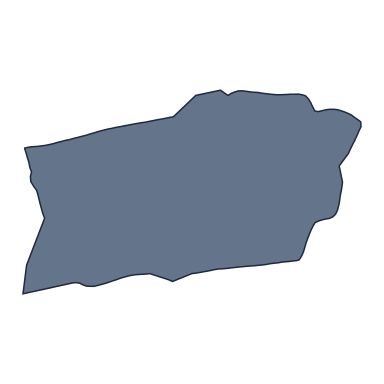 Hayran, Hajjah, Yemen (Equal Earth projection)
{"feature_id": "15242507B87254411475969", "entity_name": "Hayran", "entity_type": "district", "adm_level": 2, "iso_a3": "YEM", "parent_name": "Yemen", "parent_adm1": "Hajjah", "projection": "equal_earth", "projection_center": [43.07, 16.255], "detail": "fine", "context": "isolated", "style": "filled", "palette": "slate", "viewbox_px": 384, "rotation_deg": 0, "n_neighbors": 0, "source": "geoboundaries", "source_scale": "gbopen_adm2", "svg_char_len": 2351}
<svg xmlns="http://www.w3.org/2000/svg" viewBox="0 0 384 384"><path d="M24.7,148.1L24.8,149.0L26.2,153.3L27.5,158.0L28.8,162.1L29.8,167.2L31.5,172.0L30.4,176.6L30.8,181.6L33.6,186.2L36.6,190.3L38.0,195.0L39.0,199.2L40.2,204.0L41.6,209.3L43.0,214.0L43.9,216.3L44.6,218.3L26.6,265.1L23.0,293.8L72.3,283.0L76.0,282.6L79.7,283.2L83.0,284.9L86.5,286.1L90.4,286.3L94.2,286.3L97.6,285.5L102.2,284.2L106.0,283.2L109.4,282.0L112.7,280.9L116.7,279.6L120.7,278.1L126.0,276.6L130.5,275.5L135.2,274.7L139.0,274.5L141.3,274.3L142.6,274.2L146.3,274.0L150.0,273.7L168.3,279.6L172.5,281.5L185.4,276.2L191.9,273.6L195.4,273.2L200.2,272.4L204.5,271.6L209.1,270.8L214.1,269.7L218.3,269.0L222.6,268.8L227.0,268.4L228.1,268.3L231.0,267.9L234.6,267.5L238.9,267.0L242.5,266.7L246.9,266.3L250.7,266.0L254.6,265.7L258.6,265.3L262.2,265.0L265.8,264.5L270.3,263.7L274.2,263.2L278.3,262.8L281.9,262.1L285.3,261.8L289.2,261.5L290.2,261.3L292.9,261.0L296.4,260.6L298.8,260.1L299.3,259.6L301.5,256.1L303.3,252.3L304.7,247.8L305.9,243.5L307.5,239.0L309.3,234.3L311.0,230.2L312.9,226.2L315.1,222.6L318.4,221.1L322.0,219.9L325.6,219.0L329.2,218.5L332.6,217.0L335.4,214.4L337.4,210.5L338.8,205.2L339.6,200.7L340.2,196.2L340.6,194.0L341.1,191.6L341.9,186.9L342.5,182.2L339.2,165.9L348.4,153.5L350.0,149.9L352.0,145.8L352.3,145.1L354.5,140.9L357.1,135.3L358.9,131.1L361.0,126.7L360.8,123.7L360.8,122.0L357.8,119.6L354.6,117.5L351.4,115.0L348.1,113.4L344.7,112.0L341.0,110.7L337.1,109.6L333.5,109.3L329.6,109.3L325.9,109.8L322.1,110.7L318.1,111.6L314.7,110.9L312.8,107.0L311.1,103.6L310.8,102.8L308.5,99.0L305.6,95.9L302.2,94.8L298.5,94.1L294.8,94.2L291.3,94.2L287.9,94.4L286.6,94.5L281.7,94.7L278.3,94.8L273.6,94.5L269.7,94.1L266.0,93.7L261.5,93.1L257.5,92.4L253.1,92.2L249.7,91.8L245.6,91.2L242.0,90.8L238.5,90.9L234.9,91.9L231.2,93.4L227.9,95.4L220.5,90.2L195.8,95.4L173.7,116.5L173.5,116.8L169.8,117.4L165.9,118.2L162.4,118.9L158.2,119.6L154.1,120.4L149.6,121.3L145.2,122.2L140.8,122.8L136.8,123.5L131.9,124.4L128.2,125.1L123.9,125.9L120.1,126.7L116.3,127.3L112.0,128.3L108.6,128.9L104.9,129.8L101.5,130.7L98.0,131.6L93.6,133.0L89.3,134.2L88.8,134.4L85.6,135.4L81.2,136.5L77.0,137.6L73.3,138.5L69.4,139.6L65.3,140.4L61.3,141.5L57.8,142.3L54.0,143.5L50.0,144.4L46.3,145.2L42.4,145.8L37.4,146.4L32.4,146.7L29.0,147.1L24.7,148.1Z" fill="#64748b" stroke="#1e293b" stroke-width="1.5"/></svg>